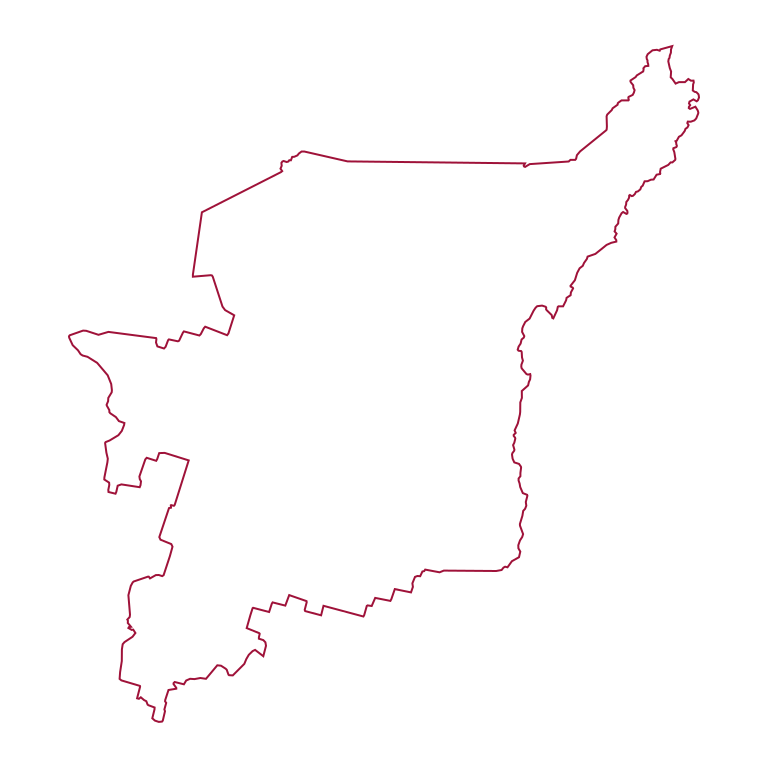 outline of Komi
{"feature_id": "RUS-2383", "entity_name": "Komi", "entity_type": "Republic", "adm_level": 1, "iso_a3": "RUS", "parent_name": "Russia", "parent_adm1": "", "projection": "albers", "projection_center": [57.661, 63.82], "detail": "fine", "context": "isolated", "style": "outline", "palette": "rose", "viewbox_px": 768, "rotation_deg": 0, "n_neighbors": 0, "source": "natural_earth", "source_scale": "10m", "svg_char_len": 6061}
<svg xmlns="http://www.w3.org/2000/svg" viewBox="0 0 768 768"><path d="M523.1,534.1L522.2,537.0L520.0,540.4L518.3,545.2L518.4,548.3L520.3,551.6L519.0,557.2L511.9,561.2L507.5,567.3L505.1,566.7L503.5,567.6L501.6,570.0L496.2,571.0L443.8,570.6L439.6,572.3L425.2,569.6L424.2,571.1L422.4,571.5L420.2,576.2L417.4,576.0L415.0,576.9L412.4,583.3L412.9,586.9L411.0,592.4L394.8,589.1L391.4,599.0L390.4,600.9L375.2,597.9L371.7,606.0L367.6,605.4L366.8,605.9L364.2,615.1L363.4,616.5L323.5,605.8L321.1,615.3L305.2,611.1L304.7,609.9L306.7,602.2L306.5,601.1L289.2,595.1L285.3,605.6L272.6,602.4L271.8,603.7L269.1,612.0L253.1,607.8L252.6,608.2L250.3,615.4L246.7,628.1L259.3,633.2L259.7,633.8L258.9,637.3L258.9,638.7L263.3,640.1L265.4,642.3L266.0,645.8L263.3,656.2L255.1,649.9L252.6,651.1L248.8,654.8L246.3,659.1L244.3,663.9L232.8,675.4L229.1,675.2L228.5,674.7L226.7,669.7L225.5,668.6L221.0,665.7L217.3,665.3L206.0,678.8L200.3,678.0L194.5,679.1L190.1,678.8L186.2,680.5L183.9,684.3L174.7,682.0L173.6,683.1L173.5,684.0L176.3,687.9L176.3,688.7L168.5,690.0L165.2,700.1L165.1,701.4L166.2,702.9L164.4,709.4L165.0,711.2L162.8,720.6L162.0,721.6L158.8,721.9L154.9,720.6L152.3,718.3L154.5,709.4L154.6,707.5L148.4,705.2L147.6,704.6L146.3,701.2L144.1,700.1L140.8,697.3L138.9,698.8L137.1,698.3L140.1,686.7L139.9,685.9L121.4,680.4L119.6,678.9L120.1,672.2L121.8,661.0L121.9,649.4L122.7,644.2L124.5,642.1L132.5,636.8L135.4,633.0L133.2,629.6L131.7,629.9L128.4,628.0L128.9,627.1L131.0,626.8L127.8,623.0L127.9,620.6L127.3,619.6L129.7,617.0L130.0,614.6L128.4,595.2L130.8,585.9L132.7,582.4L133.7,581.5L148.1,576.6L148.8,576.7L150.0,578.4L155.8,575.1L158.8,575.0L162.2,576.1L163.6,575.2L169.9,556.1L172.5,546.7L171.3,544.1L160.5,539.7L159.3,537.1L169.0,508.1L171.0,507.7L170.8,505.3L171.1,505.1L173.9,505.8L174.7,504.9L188.7,460.4L164.7,452.9L159.2,453.1L157.2,459.1L156.2,460.8L146.7,457.8L145.3,459.4L139.4,476.5L139.8,479.2L141.0,481.3L140.5,485.2L139.7,487.2L121.4,484.4L117.7,485.7L116.3,491.9L115.5,493.7L108.5,492.0L108.3,489.9L109.3,484.9L109.1,482.6L104.3,479.5L104.4,477.4L107.4,462.3L107.8,458.7L106.4,452.7L105.1,443.0L105.6,442.1L109.6,440.5L118.4,435.2L121.8,430.9L124.1,425.0L124.4,423.0L118.9,421.1L115.9,417.1L110.3,413.3L109.4,412.2L109.3,410.1L106.8,405.6L106.6,404.8L108.1,401.2L108.3,397.9L111.7,392.3L111.9,390.1L111.2,384.0L107.7,375.3L97.2,362.9L87.5,356.8L82.6,355.5L80.6,354.2L78.0,350.3L72.7,345.2L69.2,337.7L69.0,336.3L69.7,335.3L83.1,330.6L86.2,330.8L98.5,334.8L108.4,331.9L156.1,338.1L156.4,339.1L156.0,342.5L157.4,346.4L164.0,348.5L165.6,346.8L168.1,340.2L168.9,339.4L177.9,341.3L179.1,340.7L182.9,332.7L183.9,331.4L199.4,335.5L200.8,334.1L203.8,328.3L205.2,326.7L227.1,335.2L228.4,333.5L234.2,315.3L225.1,310.1L222.5,306.6L212.8,276.8L212.0,275.5L210.8,275.2L192.9,276.7L192.9,274.6L201.9,212.3L281.0,172.1L282.2,171.1L280.5,168.7L281.7,165.8L281.4,162.9L282.4,161.5L283.6,161.0L286.7,162.0L288.4,161.5L289.3,160.2L290.9,160.3L292.2,156.9L294.2,156.8L297.4,155.4L298.9,153.5L301.6,151.5L304.2,151.5L347.6,161.4L525.0,163.4L523.7,165.7L524.1,166.5L525.1,166.9L529.8,164.1L568.7,161.5L570.4,159.9L575.2,159.9L576.1,158.8L576.9,155.2L580.1,151.4L606.4,130.1L606.7,129.2L606.9,126.5L606.6,116.3L607.2,114.6L611.8,110.0L612.6,108.3L617.6,104.7L617.8,103.2L618.4,102.6L621.5,100.4L628.4,100.4L628.8,99.9L628.3,97.8L628.6,96.9L632.7,94.9L633.9,92.6L634.6,90.1L633.4,87.8L633.2,85.2L630.9,82.4L630.4,81.3L630.5,80.5L635.6,77.1L636.8,75.4L643.2,71.4L643.6,69.5L643.4,68.3L645.2,66.2L648.3,65.9L648.2,64.2L647.5,62.1L647.5,60.3L646.8,59.0L646.5,56.8L647.7,54.2L652.5,50.3L656.9,49.8L659.7,50.7L660.3,49.4L672.2,46.1L671.0,49.5L670.9,52.7L669.8,55.6L669.5,57.9L668.7,59.0L668.3,61.4L669.8,68.1L671.1,71.5L670.7,77.3L672.4,79.0L675.6,83.6L679.0,82.1L685.0,82.1L688.3,79.0L691.0,80.7L693.5,80.6L693.8,82.4L693.1,84.4L692.8,90.5L694.6,91.8L696.4,92.2L698.3,94.1L698.7,95.1L699.0,97.5L697.9,100.3L696.7,101.3L693.4,99.4L689.5,101.6L689.0,103.5L690.2,105.1L688.9,106.9L688.8,108.1L690.0,108.9L695.4,106.7L697.7,110.4L698.3,112.4L698.2,113.5L696.2,118.5L694.4,120.4L690.8,121.7L687.8,121.6L687.3,123.1L688.6,125.1L687.4,127.5L685.5,128.8L684.7,131.0L681.5,135.3L678.9,136.8L676.7,140.8L675.5,141.2L676.2,142.7L676.3,144.3L676.8,145.4L676.8,146.2L676.3,147.1L673.4,148.2L673.2,149.2L674.3,152.1L675.4,158.9L675.2,159.9L672.4,162.4L670.6,162.4L668.3,164.9L660.7,168.7L660.0,172.2L660.3,173.3L660.1,174.0L656.6,174.7L653.6,179.5L650.9,179.7L647.6,181.2L644.6,181.3L642.7,185.7L641.3,186.8L640.3,189.4L637.9,191.4L636.0,191.9L634.8,194.1L633.0,195.8L631.7,196.1L629.9,195.0L629.2,195.5L629.1,197.6L628.0,199.9L626.3,202.0L626.1,204.6L625.1,207.1L625.2,208.2L627.3,210.9L627.5,212.3L627.3,213.5L626.4,213.9L623.1,212.0L621.6,213.2L619.2,217.5L618.4,220.0L618.2,223.5L615.4,226.7L615.3,229.3L614.6,231.4L616.6,233.7L614.5,237.4L616.3,240.2L616.3,241.6L611.3,242.8L606.6,244.9L595.4,253.9L587.6,256.6L586.9,258.9L584.0,263.0L582.8,265.8L579.6,268.3L577.2,272.8L574.9,280.2L570.5,285.8L570.6,286.5L572.8,287.7L573.1,288.4L570.9,292.4L570.6,295.2L566.6,297.8L566.1,300.3L563.1,306.3L558.5,306.3L557.8,306.9L557.1,310.2L553.3,318.4L552.3,317.9L551.7,315.1L546.6,310.1L546.1,309.3L546.2,307.6L545.7,306.8L542.1,305.6L537.2,306.2L535.6,307.7L533.6,310.7L529.6,318.6L525.3,321.9L523.1,326.2L522.3,328.4L522.1,331.9L524.3,336.1L523.8,337.6L521.6,339.5L520.6,343.6L518.6,346.6L517.7,349.7L518.5,350.7L521.2,351.1L521.7,352.0L522.0,357.4L522.9,360.7L521.4,364.7L521.3,366.8L521.7,368.4L526.5,374.1L528.0,374.6L530.2,374.1L530.5,375.6L530.1,379.4L528.9,381.9L528.1,385.4L521.8,391.0L521.9,397.9L520.3,402.4L520.2,411.9L519.9,414.5L517.8,423.5L514.6,430.4L515.7,432.9L513.7,434.9L513.7,435.9L515.1,437.7L515.3,438.6L514.3,442.7L513.1,445.1L514.4,449.6L514.2,450.7L512.3,453.3L512.0,454.6L512.6,458.7L514.3,462.4L519.0,463.9L520.9,466.6L521.1,467.6L520.4,473.0L520.4,476.2L518.6,478.5L518.6,480.6L519.6,483.5L520.2,487.0L522.8,493.1L527.1,494.8L527.4,495.7L525.8,502.0L526.3,505.7L525.1,508.8L523.2,510.9L522.4,515.8L519.9,524.0L520.0,525.7L523.1,534.1Z" fill="none" stroke="#9f1239" stroke-width="2"/></svg>